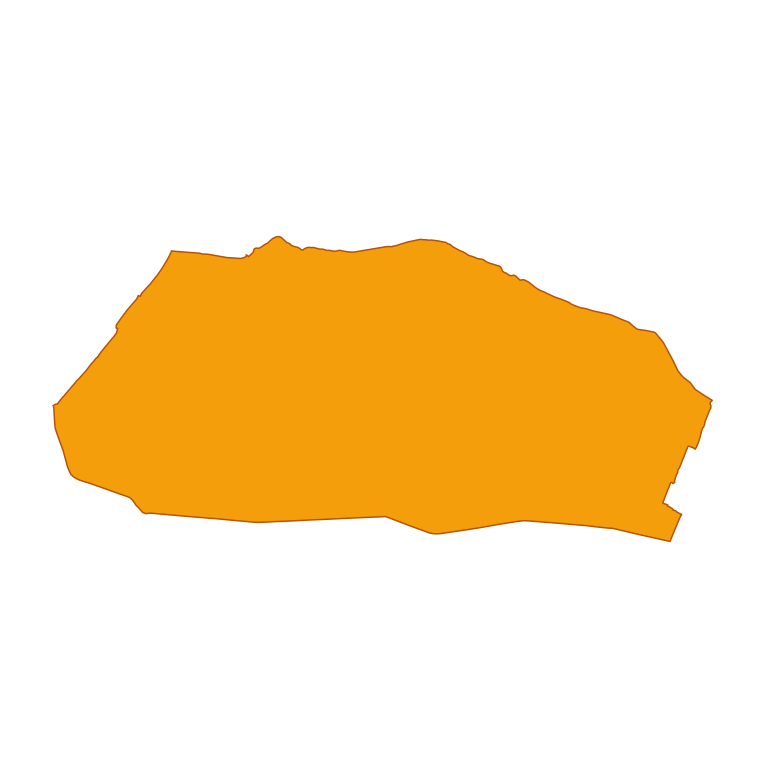 Landsmeer, Noord-Holland, Netherlands (Mercator projection), rotated 94°
{"feature_id": "6326949B31825522291609", "entity_name": "Landsmeer", "entity_type": "district", "adm_level": 2, "iso_a3": "NLD", "parent_name": "Netherlands", "parent_adm1": "Noord-Holland", "projection": "mercator", "projection_center": [4.917, 52.451], "detail": "fine", "context": "isolated", "style": "filled", "palette": "amber", "viewbox_px": 768, "rotation_deg": 94, "n_neighbors": 0, "source": "geoboundaries", "source_scale": "gbopen_adm2", "svg_char_len": 5994}
<svg xmlns="http://www.w3.org/2000/svg" viewBox="0 0 768 768"><g transform="rotate(94 384 384)"><path d="M515.2,629.6L516.7,627.6L517.7,626.4L522.4,622.8L524.1,620.6L529.0,615.8L529.9,612.6L529.1,607.4L529.2,602.4L529.7,575.5L530.0,551.9L530.1,543.9L530.1,540.7L530.3,533.4L530.6,521.0L530.9,504.0L530.8,499.8L529.9,491.4L528.8,482.6L527.8,472.9L525.0,449.9L523.0,432.2L520.4,410.5L516.2,373.8L516.3,372.7L516.7,371.1L523.6,348.4L528.9,330.1L529.4,328.3L529.7,326.5L529.9,324.1L529.8,321.0L529.4,317.9L528.8,314.8L522.0,284.1L520.7,278.5L515.4,257.3L512.2,243.3L510.6,235.3L510.5,231.1L510.7,205.2L511.2,172.1L511.8,159.7L512.1,150.4L512.0,146.6L512.1,145.6L512.7,141.7L516.9,116.0L521.1,87.7L512.8,85.0L495.4,79.1L494.7,78.5L493.2,78.1L493.0,79.0L491.8,81.8L491.5,82.4L490.0,84.5L489.9,85.0L490.0,85.4L489.8,86.0L489.7,86.5L489.5,86.9L489.0,86.8L488.3,87.6L487.8,88.4L487.6,89.0L486.6,90.7L486.6,91.1L485.6,92.9L484.9,92.6L484.0,95.3L484.0,95.8L483.6,97.0L483.3,97.2L483.1,97.6L482.0,97.3L480.4,96.7L478.0,96.1L468.8,93.2L466.7,92.4L466.1,92.3L463.7,91.6L462.5,91.1L462.2,90.7L462.2,90.0L462.4,89.6L463.1,89.1L463.1,88.7L462.1,87.4L461.7,87.1L461.4,87.1L460.8,87.5L460.5,87.5L454.3,86.0L453.7,85.8L453.2,85.4L451.5,84.8L451.1,84.8L450.6,85.1L449.6,84.8L449.1,84.7L446.9,83.4L446.0,83.2L443.4,82.2L439.2,81.0L436.4,80.0L435.4,79.6L434.7,79.5L433.2,79.0L430.0,78.1L425.3,76.5L424.9,76.3L424.8,75.9L425.1,74.3L425.7,72.5L425.5,72.4L425.9,71.3L426.3,70.4L426.5,70.3L426.7,70.2L426.9,69.9L427.0,69.6L427.1,68.8L426.0,68.4L424.8,67.8L423.5,67.4L421.1,66.5L415.7,65.1L413.4,64.7L412.0,64.5L411.3,64.3L409.1,64.0L405.8,63.1L405.0,62.4L404.4,62.1L401.7,61.3L401.1,61.3L399.9,61.3L399.4,61.2L387.6,57.4L385.0,56.3L384.7,56.5L384.3,56.5L383.5,56.3L383.2,56.3L382.4,56.6L381.3,57.3L381.0,57.3L379.6,57.2L379.3,57.2L378.6,56.3L377.4,55.5L373.9,62.2L367.9,72.8L367.5,73.3L361.4,78.5L361.0,79.0L356.5,85.8L354.4,88.0L351.2,90.9L350.2,91.8L348.5,92.8L345.5,94.4L339.8,97.7L335.2,100.6L332.4,102.5L329.8,104.0L323.8,107.8L321.4,109.8L314.2,116.7L313.6,117.6L313.4,118.3L313.1,120.4L312.4,126.1L311.8,134.2L311.6,135.2L311.3,136.0L307.5,141.3L305.3,144.0L303.4,150.2L299.4,161.8L298.7,165.1L298.3,168.0L297.5,173.5L296.4,181.0L295.5,184.5L294.7,188.2L294.3,192.6L293.6,195.6L292.9,197.9L292.1,200.5L291.1,203.0L290.3,204.2L289.5,205.6L287.1,213.3L285.8,218.0L284.9,220.9L284.5,222.0L283.6,224.1L283.1,225.5L282.5,227.6L281.7,229.0L281.2,230.1L279.9,234.2L279.5,235.3L278.8,236.8L277.0,240.0L274.4,243.7L273.7,244.8L273.0,245.7L272.4,246.6L271.1,249.4L270.5,251.2L270.3,251.6L270.3,252.0L270.3,253.0L270.4,253.3L270.6,254.1L270.9,255.1L270.7,255.9L267.6,259.5L266.9,260.6L266.5,261.4L266.5,261.7L266.4,262.3L266.7,263.2L267.1,264.4L267.1,264.6L267.1,265.2L266.5,267.2L265.1,269.5L264.6,270.7L264.0,272.4L263.8,272.8L263.3,273.4L263.0,273.7L259.8,275.4L259.2,275.9L258.9,276.4L258.4,277.1L258.2,277.5L257.6,280.6L256.8,283.8L256.3,286.4L256.0,287.5L255.2,289.9L254.4,291.5L253.2,293.3L253.0,293.7L252.7,294.9L252.5,297.4L252.4,299.1L252.1,300.1L251.4,302.2L250.9,303.8L249.7,308.9L249.1,309.8L248.8,310.3L248.1,311.3L247.9,311.8L247.3,313.0L246.5,314.7L246.0,316.7L245.7,317.6L245.0,318.9L244.3,320.7L243.1,323.1L242.9,323.7L242.0,325.4L240.6,327.2L240.2,327.7L239.8,328.9L239.8,329.8L239.7,330.2L239.6,330.4L239.3,330.8L238.7,331.6L238.5,332.0L238.3,333.1L238.2,334.1L238.1,335.6L237.5,339.7L237.1,346.7L237.4,349.3L237.2,352.6L237.3,354.3L237.2,356.9L237.3,358.4L237.6,359.5L239.7,366.7L240.2,368.8L241.6,372.7L244.0,378.9L244.7,380.0L244.8,380.3L244.9,381.1L245.0,381.6L245.5,382.6L245.7,383.2L245.7,384.2L245.8,384.6L246.5,385.6L246.6,385.9L246.4,387.2L246.8,391.2L253.6,419.4L254.5,423.2L254.6,424.5L254.7,428.8L254.2,434.4L254.1,435.4L253.9,436.0L253.7,437.6L253.8,438.1L254.1,438.8L254.5,440.4L254.8,441.1L255.0,442.4L255.0,443.3L254.9,444.9L254.5,447.2L254.5,447.8L254.7,449.8L254.6,450.7L254.5,451.5L253.8,454.2L253.7,455.0L253.9,457.3L253.8,458.1L253.3,461.0L252.9,462.8L252.7,464.3L252.7,464.5L252.9,465.0L253.0,465.6L252.9,467.2L253.0,469.1L253.1,469.6L253.3,470.2L254.4,472.5L255.2,473.5L255.9,474.1L256.0,474.3L255.9,474.7L255.8,475.6L255.6,476.2L254.9,477.2L253.7,479.5L253.1,483.0L252.7,484.6L252.4,485.7L251.7,486.6L250.9,487.5L250.6,487.9L249.5,490.9L249.1,491.6L245.1,496.5L244.8,497.2L244.5,498.0L244.4,498.7L244.3,499.4L244.4,500.4L244.9,502.1L245.8,503.8L246.3,504.6L246.7,505.2L248.5,507.1L249.4,508.0L251.3,509.6L251.8,510.2L252.5,511.6L253.7,513.3L256.2,516.4L256.9,517.6L257.3,518.3L257.4,518.8L257.3,519.8L257.3,520.5L257.4,521.0L257.5,521.5L258.1,522.6L258.8,523.0L261.2,523.6L262.2,524.0L263.0,524.8L265.3,527.0L266.4,527.9L265.8,528.6L265.1,529.7L264.9,530.4L266.4,530.4L267.3,531.8L267.8,532.9L268.3,534.1L268.8,536.2L268.8,549.9L266.8,569.0L266.9,571.4L267.0,574.2L267.0,574.5L266.5,576.5L266.4,577.3L266.2,602.1L266.1,605.2L270.5,606.8L275.1,608.9L282.1,612.4L286.6,614.9L291.0,617.6L301.3,624.7L304.6,627.5L310.7,632.2L313.5,633.2L312.9,635.3L316.5,636.6L321.3,640.3L328.1,645.3L337.8,651.5L343.2,654.8L343.8,655.1L346.3,655.1L346.6,655.2L346.9,655.1L347.2,653.6L348.7,653.9L351.2,654.2L352.4,654.7L353.7,655.7L355.3,656.6L357.5,658.3L360.8,660.6L362.7,662.0L364.9,663.5L366.3,664.6L368.8,666.3L372.4,668.9L373.5,669.4L375.4,670.7L376.3,670.8L376.7,671.2L376.8,671.6L377.5,671.7L378.1,672.7L378.6,673.2L379.7,673.9L380.5,674.5L381.4,675.1L384.5,677.5L391.6,682.2L399.8,688.6L400.4,689.2L401.8,690.3L402.0,690.6L402.2,690.8L403.4,691.5L409.0,695.7L411.2,697.2L412.7,698.5L414.0,699.3L415.2,700.3L416.6,701.2L418.6,702.7L419.3,703.4L420.8,704.4L421.8,705.2L424.2,706.7L424.5,707.1L426.2,708.2L426.8,708.5L426.9,709.7L428.5,712.5L429.2,712.2L430.5,711.8L433.0,711.4L442.2,710.3L447.8,709.5L451.0,708.9L455.8,707.0L473.0,699.4L488.7,693.9L491.6,692.5L493.8,691.3L495.8,690.1L496.3,689.7L498.2,687.3L498.8,686.3L499.9,684.1L500.9,681.6L501.5,679.5L503.9,669.3L504.6,666.8L512.3,639.5L513.5,634.8L514.7,630.6L515.2,629.6Z" fill="#f59e0b" stroke="#b45309" stroke-width="1.5"/></g></svg>